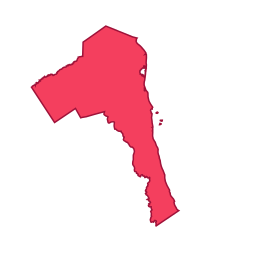 outline of Aitape/Lumi District, Sandaun, Papua New Guinea, rotated 56°
{"feature_id": "67681753B88844434535712", "entity_name": "Aitape/Lumi District", "entity_type": "district", "adm_level": 2, "iso_a3": "PNG", "parent_name": "Papua New Guinea", "parent_adm1": "Sandaun", "projection": "robinson", "projection_center": [142.359, -3.333], "detail": "fine", "context": "isolated", "style": "filled", "palette": "rose", "viewbox_px": 256, "rotation_deg": 56, "n_neighbors": 0, "source": "geoboundaries", "source_scale": "gbopen_adm2", "svg_char_len": 5771}
<svg xmlns="http://www.w3.org/2000/svg" viewBox="0 0 256 256"><g transform="rotate(56 128 128)"><path d="M224.9,132.1L223.9,132.6L222.1,133.0L221.6,132.7L218.6,132.5L217.5,132.3L215.2,131.4L214.9,130.4L213.8,130.2L212.4,130.0L208.5,130.4L207.4,130.3L206.8,130.1L206.1,129.7L205.8,129.7L205.5,129.4L204.0,129.3L202.8,128.3L197.4,127.8L193.2,126.9L190.0,125.5L187.4,123.7L186.8,123.7L186.7,123.6L182.9,122.7L180.8,122.4L178.3,121.8L175.8,120.9L172.9,119.5L171.5,119.1L170.9,119.1L170.6,118.8L168.7,118.0L166.9,117.6L165.2,116.9L163.8,116.0L162.8,115.1L162.2,115.0L161.8,114.7L161.0,114.5L158.6,114.4L155.0,113.4L153.3,113.4L150.5,113.1L150.2,112.8L148.6,112.2L147.7,111.6L145.0,109.6L144.2,109.5L144.3,109.2L143.5,108.6L141.6,107.4L141.2,107.5L141.4,107.1L140.7,106.6L137.0,105.0L135.7,104.2L132.6,102.7L129.8,100.2L129.0,100.5L128.9,100.4L129.2,100.3L129.2,100.1L128.3,100.1L126.0,99.5L125.4,98.7L125.4,97.7L125.6,97.5L125.8,97.3L124.8,96.6L124.6,95.9L120.9,95.9L118.4,95.7L116.9,95.4L113.4,94.0L110.1,91.9L109.6,92.0L109.3,91.7L106.6,92.0L106.4,92.2L106.6,92.8L106.4,93.1L106.5,93.3L106.1,93.5L104.8,92.5L104.7,92.2L104.1,92.2L103.6,91.7L105.3,92.1L106.2,92.0L106.3,91.9L101.6,90.7L100.3,89.9L98.8,88.7L97.8,87.5L93.5,83.7L90.7,81.5L89.6,80.4L89.5,80.6L89.8,80.9L89.8,81.3L90.2,81.3L90.0,81.6L90.1,81.8L90.3,81.7L91.3,82.3L93.6,84.1L95.5,85.9L95.5,86.1L94.9,86.1L94.4,85.9L93.8,86.2L93.7,86.2L93.7,85.8L93.4,86.0L93.4,86.5L92.8,87.0L92.1,86.4L92.3,86.0L92.3,85.9L91.5,86.3L91.4,86.7L91.6,87.2L90.5,87.2L90.2,87.7L89.8,87.3L89.3,87.4L89.0,87.2L88.2,87.0L88.1,86.7L87.9,86.7L87.5,86.2L87.3,86.2L87.0,85.8L87.0,84.7L86.6,84.3L86.8,83.6L86.5,83.0L86.4,82.3L86.6,82.0L87.3,81.4L87.7,80.5L87.2,80.8L86.8,80.7L86.7,80.4L86.4,80.5L85.8,80.6L85.4,80.0L85.7,79.7L86.0,79.6L87.0,78.8L87.4,78.8L89.0,80.1L88.8,79.6L85.9,77.4L84.2,76.6L82.2,75.1L80.2,73.5L77.4,71.7L76.4,71.5L76.6,72.4L76.5,72.7L76.2,71.7L75.8,71.2L72.6,71.2L70.7,71.4L70.2,71.7L69.9,71.5L68.9,71.6L66.7,72.0L63.1,73.1L61.3,73.0L60.3,72.6L60.1,72.2L58.8,71.1L58.5,70.2L55.0,73.3L31.1,89.4L31.6,110.5L31.7,117.2L43.3,125.5L42.7,126.3L42.6,127.0L41.9,128.2L41.5,129.5L41.8,129.5L42.3,131.0L43.7,133.0L43.6,134.0L43.1,134.5L43.0,135.1L43.2,135.4L42.9,136.1L43.2,136.6L43.6,136.8L43.4,137.2L43.4,137.4L44.0,137.8L44.1,138.6L43.9,138.7L44.0,138.9L43.9,139.3L43.4,139.5L43.6,140.2L43.4,140.9L42.6,141.1L42.5,141.3L42.5,142.1L42.3,142.5L42.5,142.6L42.3,143.0L42.6,143.1L42.4,143.3L42.4,144.0L42.1,144.4L42.7,144.7L42.7,145.3L42.3,146.4L41.9,146.8L41.7,148.5L41.9,149.2L42.0,150.1L42.1,150.3L41.6,151.3L41.6,152.0L42.1,154.2L41.8,154.7L42.2,155.2L42.2,155.9L42.5,155.9L42.9,156.1L43.2,157.2L43.1,157.8L42.8,158.2L42.7,159.3L42.8,160.1L42.5,160.8L41.9,160.9L41.7,160.6L41.1,160.9L40.7,161.5L40.7,161.9L40.3,161.9L40.2,162.4L40.6,163.3L40.5,163.8L40.4,163.9L40.1,163.6L39.7,163.8L39.4,164.8L39.6,165.3L40.2,165.6L40.0,165.9L40.0,166.8L39.7,166.9L39.9,167.3L39.6,168.2L39.4,168.4L38.7,168.3L39.0,169.2L38.7,169.4L38.7,169.8L39.0,170.1L38.8,171.0L39.3,171.2L39.1,171.5L39.2,171.8L39.0,172.1L39.0,172.6L39.3,172.7L39.2,173.6L38.8,174.7L40.0,174.4L40.1,175.0L39.8,176.1L40.4,177.2L40.4,177.5L39.3,178.2L39.3,178.5L39.9,178.1L40.2,178.3L40.3,179.6L40.1,180.4L40.7,180.9L40.0,180.8L40.2,181.2L39.9,182.4L40.0,183.2L39.8,183.7L40.2,184.4L40.2,185.2L82.4,185.8L82.4,160.6L93.1,161.5L93.6,160.0L95.3,156.3L97.8,148.5L101.3,138.3L102.7,139.9L103.3,140.3L104.0,140.2L105.7,139.6L107.3,138.3L107.6,138.4L108.9,140.0L109.7,140.5L110.2,140.5L111.9,141.3L112.6,141.4L113.2,141.1L113.4,140.7L113.6,138.6L114.1,137.5L115.0,136.2L115.8,136.2L118.0,138.0L119.2,138.7L121.5,139.6L122.0,138.9L122.5,138.6L123.8,138.4L125.3,137.6L126.1,136.7L126.9,135.5L127.6,135.9L128.4,135.9L129.0,135.6L129.6,135.5L132.0,136.6L132.8,136.5L133.4,136.2L133.7,136.5L133.8,137.0L134.2,137.3L135.0,138.3L136.1,138.4L137.9,137.5L138.8,137.3L139.4,136.6L139.9,136.4L141.3,136.5L141.9,136.3L143.4,136.6L144.3,136.5L145.4,136.2L146.4,135.0L148.5,134.8L150.8,135.6L152.2,137.0L153.4,138.7L155.4,140.1L157.1,141.2L158.8,143.0L160.1,144.0L161.2,144.5L163.7,144.5L165.2,145.1L166.3,146.2L167.6,146.7L168.2,146.5L168.5,146.0L169.1,145.7L169.5,145.7L170.4,146.3L171.3,145.5L171.7,145.7L172.2,145.6L172.6,146.1L173.1,146.2L175.3,145.1L175.2,144.5L174.6,144.1L174.4,143.3L174.4,142.9L174.9,142.2L175.3,142.4L176.4,142.3L176.7,141.6L177.3,141.3L177.8,141.5L178.3,141.2L178.5,141.5L178.8,141.0L178.6,140.2L178.6,139.7L179.3,139.5L179.6,139.7L180.6,139.4L180.8,139.0L180.9,137.8L181.1,137.7L181.9,138.5L182.2,138.4L182.7,139.0L183.4,139.1L184.2,139.8L184.6,140.6L184.6,141.4L184.9,142.6L185.2,142.9L186.2,143.0L186.6,143.8L187.4,144.4L187.2,144.9L187.8,146.1L188.9,146.7L189.1,147.1L189.2,147.8L189.9,148.7L190.3,148.7L190.8,148.2L191.1,148.2L191.5,148.6L192.1,148.7L192.2,149.3L191.9,149.8L192.1,150.1L192.6,149.8L192.9,150.2L193.8,150.2L194.6,149.6L197.3,149.8L198.3,150.1L198.6,150.6L197.9,151.6L198.0,152.1L199.1,151.0L200.1,151.5L201.1,150.9L202.2,150.9L202.5,151.3L202.4,151.7L202.4,153.0L203.3,152.9L203.4,154.2L203.9,154.5L204.6,154.6L205.5,154.1L205.8,153.8L205.8,153.2L206.2,152.8L207.5,153.6L208.3,153.9L208.9,153.8L209.4,154.1L209.8,155.8L211.8,156.3L213.6,157.7L214.3,157.7L214.8,158.8L216.4,160.7L217.4,161.2L217.9,161.3L218.6,161.6L219.0,161.5L219.3,161.0L219.7,159.6L220.3,159.5L220.2,158.8L219.5,157.8L219.7,157.3L220.7,156.6L221.2,156.6L221.5,156.9L221.6,157.7L223.3,158.3L224.3,159.3L224.9,159.4L224.9,132.1ZM131.6,96.3L132.2,95.5L132.2,94.8L132.0,94.5L131.3,94.7L131.1,95.0L131.2,96.2L131.6,96.3ZM141.3,96.1L141.2,95.6L140.7,95.2L140.2,96.0L139.9,96.3L139.7,96.9L139.9,97.1L140.1,97.1L140.7,96.2L141.1,96.3L141.3,96.1ZM142.9,100.0L143.2,99.4L143.3,98.4L143.1,98.2L142.1,98.9L142.6,99.7L142.9,100.0Z" fill="#f43f5e" stroke="#9f1239" stroke-width="1.5"/></g></svg>